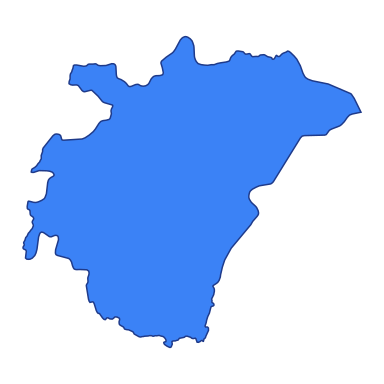 the Region of Ashanti
{"feature_id": "GHA-2158", "entity_name": "Ashanti", "entity_type": "Region", "adm_level": 1, "iso_a3": "GHA", "parent_name": "Ghana", "parent_adm1": "", "projection": "natural_earth1", "projection_center": [-1.65, 6.739], "detail": "fine", "context": "isolated", "style": "filled", "palette": "blue", "viewbox_px": 384, "rotation_deg": 0, "n_neighbors": 0, "source": "natural_earth", "source_scale": "10m", "svg_char_len": 5781}
<svg xmlns="http://www.w3.org/2000/svg" viewBox="0 0 384 384"><path d="M361.0,112.2L352.3,114.0L349.5,115.1L347.3,117.4L344.3,121.7L341.5,124.6L339.7,125.9L332.2,128.8L330.5,129.6L329.3,130.4L326.2,134.6L324.7,135.1L304.5,135.6L302.2,136.1L300.5,137.8L273.3,181.8L272.1,183.0L271.1,183.7L270.3,184.0L259.4,185.8L256.1,187.2L252.4,189.2L250.9,190.5L249.9,191.6L249.3,193.3L248.9,195.2L248.8,197.3L249.3,199.1L251.0,201.9L252.1,203.1L255.6,206.3L256.6,207.5L258.1,210.6L258.5,212.4L258.5,213.9L258.0,215.1L257.0,216.5L252.7,221.4L250.8,224.7L231.2,248.2L224.7,260.0L222.4,267.0L220.6,274.7L220.3,277.1L219.1,280.4L217.8,282.3L216.6,283.3L213.2,285.5L212.9,286.3L214.0,288.2L214.3,289.1L214.4,291.1L213.7,294.7L211.6,299.0L212.0,300.5L211.9,302.2L212.2,302.7L212.9,303.0L213.5,303.5L213.9,304.2L213.9,305.3L213.3,305.9L211.4,306.5L210.9,307.2L209.4,313.1L207.7,316.7L206.6,320.3L206.2,322.6L205.1,325.8L205.2,326.5L205.5,327.0L207.4,327.0L207.9,327.4L208.4,328.0L208.5,330.4L205.7,336.6L205.5,337.5L205.0,338.2L204.0,339.0L203.4,341.3L203.0,341.3L202.1,340.4L201.3,340.6L200.0,341.6L198.5,342.3L197.1,342.2L195.8,338.6L195.2,338.2L193.3,338.6L192.5,338.5L191.7,338.2L190.6,337.3L187.2,336.2L186.0,336.2L185.1,336.5L184.6,337.1L183.9,337.4L179.4,338.3L178.0,340.1L176.6,340.4L175.3,340.9L173.6,340.9L172.2,341.3L171.9,341.8L172.3,344.1L171.4,346.4L171.0,347.1L170.4,347.4L169.6,347.4L166.9,346.1L164.5,344.4L163.9,343.3L163.8,342.4L164.4,342.0L165.8,341.7L166.0,341.1L166.0,340.3L165.7,339.4L165.1,338.4L163.9,337.1L163.0,336.5L160.5,335.9L159.1,335.4L156.7,335.8L155.1,335.7L153.7,336.2L152.8,336.2L151.6,335.7L149.7,335.6L148.1,336.0L144.7,336.2L143.0,336.6L141.9,336.6L141.2,336.9L140.2,337.0L138.8,336.6L134.2,334.0L133.5,332.6L132.8,331.7L128.6,329.8L127.0,329.7L124.9,329.2L124.3,328.7L123.9,327.6L123.4,327.0L120.1,325.1L119.4,324.4L119.1,323.1L119.1,321.6L119.6,319.8L119.6,319.0L119.3,318.2L117.2,317.1L115.6,316.9L114.9,317.0L114.4,317.4L113.4,318.4L112.2,319.1L109.9,318.9L108.0,317.8L107.0,317.9L106.4,318.3L105.5,319.6L104.8,319.6L103.9,319.3L102.5,317.9L99.5,313.6L98.9,313.4L98.2,313.4L97.3,312.5L96.3,310.6L94.2,303.7L93.4,302.2L92.5,301.8L90.0,302.4L89.2,301.3L88.5,299.2L86.3,285.6L86.6,284.5L87.6,283.0L87.9,282.2L88.0,281.2L87.8,278.6L87.9,277.5L88.8,274.9L89.1,273.1L88.7,271.1L86.9,269.8L79.9,269.5L76.4,269.6L75.2,269.4L74.2,269.0L73.3,267.7L72.5,265.7L71.5,262.0L70.3,259.9L69.2,258.8L68.5,258.4L57.3,255.4L56.0,254.6L55.6,253.8L55.4,252.9L55.6,249.7L58.5,239.8L58.4,237.9L58.1,236.6L57.7,236.0L56.9,235.5L55.7,235.3L54.5,235.5L51.3,236.8L50.1,236.8L49.2,236.5L44.5,233.2L43.1,232.4L41.4,232.1L40.6,232.6L39.8,233.4L38.6,236.9L37.0,249.1L36.0,252.9L34.8,255.5L32.3,258.1L30.1,259.2L28.1,259.3L26.7,259.1L25.5,258.0L26.3,251.3L26.0,250.4L25.5,249.8L24.0,249.2L23.4,248.7L23.0,248.0L23.1,247.1L23.4,246.4L24.2,245.2L24.2,244.4L23.7,243.1L23.7,242.4L24.9,240.3L25.7,237.6L27.1,236.0L28.3,233.3L29.7,231.8L30.7,230.3L32.3,228.5L32.9,226.8L33.4,226.0L33.1,224.4L32.4,222.9L32.2,222.1L32.4,221.2L33.6,219.1L33.7,218.3L33.0,217.0L31.0,215.6L30.5,215.0L30.2,214.1L30.0,211.0L29.7,210.2L29.1,209.7L27.7,209.0L27.3,208.4L27.2,206.4L28.0,201.7L28.4,201.2L29.6,201.3L33.4,202.3L35.4,202.5L36.8,202.3L38.5,201.8L41.6,200.4L44.1,198.8L45.0,197.5L46.4,193.8L47.7,182.6L48.2,180.8L48.5,180.0L49.5,178.6L51.1,177.4L53.3,176.2L53.9,175.6L54.1,174.8L53.4,173.3L52.3,172.2L49.7,171.2L46.8,170.8L39.1,170.6L33.7,172.4L32.0,172.4L31.2,172.0L31.7,169.7L32.1,169.0L34.8,167.4L36.6,165.8L38.0,163.7L39.6,162.0L40.3,160.4L41.1,159.1L41.3,158.3L41.2,155.5L42.6,151.6L42.6,149.6L43.2,148.0L52.8,135.9L54.6,134.4L55.6,134.1L56.8,134.0L59.0,134.4L60.0,135.0L60.7,135.8L61.7,139.3L62.2,140.0L63.7,140.2L82.1,139.0L85.1,137.8L89.2,135.1L93.3,131.6L95.4,129.0L98.9,123.5L100.6,121.6L101.6,121.1L103.1,120.6L106.3,120.2L109.1,119.4L109.7,118.9L110.2,118.1L111.2,114.6L111.4,113.7L111.0,110.9L111.4,109.1L112.6,106.8L112.7,105.3L112.3,105.0L104.8,102.8L103.3,102.2L102.1,101.2L98.1,96.2L92.3,90.7L91.8,90.3L90.5,90.3L84.9,91.7L84.0,91.7L83.2,91.4L82.0,90.5L78.6,85.9L78.0,85.4L76.4,84.9L72.7,85.1L70.9,84.8L69.1,83.8L69.0,83.3L69.2,81.4L70.1,78.9L70.1,75.8L70.4,74.0L71.7,71.9L72.2,70.1L72.9,68.4L73.5,65.5L74.6,65.0L76.6,65.0L83.8,66.3L86.0,66.0L86.9,65.5L88.2,64.3L89.2,64.1L92.9,64.1L95.3,63.8L96.2,64.0L97.9,65.2L98.9,65.5L100.4,65.7L106.0,65.5L111.7,63.7L113.8,63.8L115.0,64.6L115.6,65.6L115.9,66.7L116.3,74.4L116.6,76.3L117.3,77.9L118.7,78.7L121.1,79.6L124.5,81.7L126.3,83.4L128.2,85.9L129.0,86.4L129.9,86.6L131.4,86.3L135.5,84.6L137.3,84.3L138.3,84.4L140.6,85.7L141.8,86.0L143.3,86.2L145.7,85.8L147.8,84.6L148.9,83.4L151.2,78.9L152.8,77.1L154.1,76.2L156.0,75.7L159.5,75.6L161.0,75.3L162.6,74.7L163.1,73.7L163.3,72.6L162.3,67.7L161.0,63.4L161.0,62.5L161.4,61.4L161.8,60.9L166.3,57.1L172.4,52.9L173.5,51.8L175.4,49.1L180.3,40.0L181.9,38.2L183.2,37.3L184.8,36.7L185.6,36.6L186.7,36.8L188.0,37.3L190.2,38.8L192.0,40.8L192.7,42.4L193.8,45.8L194.0,47.7L194.4,56.2L194.7,57.9L195.6,60.3L196.5,61.8L198.1,63.6L201.0,64.6L204.6,65.1L207.8,65.3L211.2,64.7L214.1,64.7L217.3,63.5L220.7,62.8L226.1,62.0L228.9,61.2L229.5,60.6L229.9,59.9L230.5,58.1L231.3,56.7L232.4,55.5L234.3,54.0L236.1,51.3L237.0,51.0L238.4,51.0L242.7,51.7L243.4,52.0L244.8,53.6L245.5,54.1L246.7,54.1L249.3,53.6L250.1,53.9L251.3,55.6L251.9,56.3L252.7,56.7L256.1,56.4L257.9,56.5L258.6,56.4L259.7,55.4L260.4,55.0L263.8,54.7L264.7,54.9L267.7,56.7L270.9,57.4L271.7,57.8L272.3,59.1L273.0,59.3L273.9,59.0L274.5,58.4L276.1,55.6L276.7,55.4L277.6,56.3L278.7,56.5L279.6,56.4L281.8,54.1L283.2,53.2L286.3,52.0L287.5,51.1L288.8,51.3L290.5,52.5L294.2,56.1L296.8,59.2L300.3,65.7L303.0,73.3L304.6,76.3L305.5,77.5L307.8,79.1L312.4,80.8L328.2,84.0L350.4,93.5L351.3,94.1L354.2,98.4L361.0,112.2Z" fill="#3b82f6" stroke="#1e3a8a" stroke-width="1.5"/></svg>